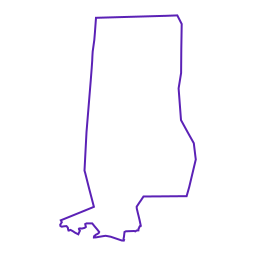 outline of Qantara Gharb, al-, Al Isma`iliyah, Egypt
{"feature_id": "37247803B15873621471618", "entity_name": "Qantara Gharb, al-", "entity_type": "district", "adm_level": 2, "iso_a3": "EGY", "parent_name": "Egypt", "parent_adm1": "Al Isma`iliyah", "projection": "orthographic", "projection_center": [32.205, 30.739], "detail": "fine", "context": "isolated", "style": "outline", "palette": "violet", "viewbox_px": 256, "rotation_deg": 0, "n_neighbors": 0, "source": "geoboundaries", "source_scale": "gbopen_adm2", "svg_char_len": 1517}
<svg xmlns="http://www.w3.org/2000/svg" viewBox="0 0 256 256"><path d="M96.0,17.8L94.9,32.8L94.3,40.0L92.7,51.5L92.4,56.2L92.2,60.9L91.7,68.1L90.7,81.0L86.5,132.1L84.5,170.6L85.3,173.4L88.9,187.7L93.9,206.8L91.6,207.8L63.3,219.3L60.8,220.3L61.8,222.2L60.3,224.6L60.2,224.8L60.5,226.1L61.8,226.7L63.9,226.3L66.5,226.1L67.8,227.6L68.1,229.3L68.5,230.5L69.1,230.5L69.7,230.2L70.4,229.9L71.6,230.5L73.2,231.4L75.1,232.7L78.3,234.3L79.7,231.1L79.9,230.8L79.6,230.3L79.2,229.8L78.9,228.9L79.2,228.5L80.2,228.4L81.1,228.5L82.1,228.5L84.6,227.9L85.5,227.2L85.9,226.9L85.8,226.6L85.4,225.0L85.2,224.1L86.5,223.4L90.0,223.4L92.2,223.4L93.2,224.6L94.3,226.0L97.1,229.3L98.9,231.6L99.2,232.0L98.9,232.6L98.6,233.2L96.6,234.4L95.7,234.8L95.1,235.5L94.5,235.8L94.2,236.1L93.9,237.1L93.9,237.5L95.8,237.4L99.8,236.7L103.4,236.1L105.6,235.8L107.4,236.1L110.6,236.7L121.8,240.5L123.8,240.6L124.0,240.0L123.6,239.9L123.6,238.3L123.9,237.2L124.5,232.0L125.9,231.3L134.2,231.0L135.3,231.4L136.6,230.5L138.4,230.4L138.6,228.5L139.0,228.1L139.1,227.8L139.3,227.1L139.4,226.9L139.8,226.2L140.6,226.2L140.8,225.9L139.6,220.2L138.8,216.9L138.5,215.6L138.1,214.1L137.3,210.7L136.9,209.1L136.7,207.8L136.7,207.1L136.7,206.6L137.2,205.9L139.5,202.4L140.5,201.0L143.5,196.5L155.5,196.4L157.4,196.4L182.0,196.2L186.6,196.2L189.2,187.1L195.8,159.4L195.6,158.1L193.8,143.2L187.8,132.5L181.0,120.1L178.6,88.4L181.1,73.0L181.3,48.6L181.7,24.0L177.3,15.4L163.9,15.9L163.0,15.9L96.2,17.8L96.0,17.8Z" fill="none" stroke="#5b21b6" stroke-width="2"/></svg>